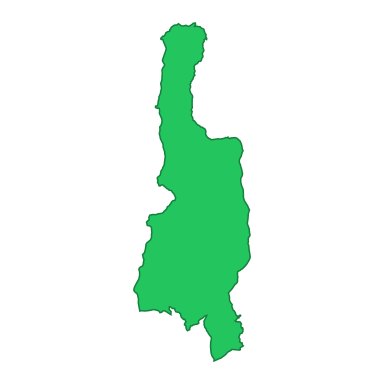 the district of North Pentecost, Penama, Vanuatu
{"feature_id": "77236927B73444068942664", "entity_name": "North Pentecost", "entity_type": "district", "adm_level": 2, "iso_a3": "VUT", "parent_name": "Vanuatu", "parent_adm1": "Penama", "projection": "natural_earth1", "projection_center": [168.162, -15.542], "detail": "fine", "context": "isolated", "style": "filled", "palette": "green", "viewbox_px": 384, "rotation_deg": 0, "n_neighbors": 0, "source": "geoboundaries", "source_scale": "gbopen_adm2", "svg_char_len": 6013}
<svg xmlns="http://www.w3.org/2000/svg" viewBox="0 0 384 384"><path d="M243.3,345.8L242.3,344.8L242.1,343.0L241.4,343.2L240.9,342.5L240.1,341.9L239.6,341.8L240.0,339.1L238.8,337.6L240.0,334.0L240.5,333.6L241.9,333.3L242.9,331.4L243.0,329.2L242.6,327.8L242.1,327.6L241.8,328.1L241.1,326.9L240.9,325.1L241.4,323.8L240.0,321.9L236.0,321.7L235.1,320.8L235.1,320.6L236.3,320.0L237.0,318.7L237.6,318.2L238.9,317.9L239.3,316.6L240.6,315.9L240.6,315.4L240.3,315.1L239.8,315.2L239.1,315.9L238.5,316.1L237.8,317.1L237.5,317.0L237.3,316.0L236.4,315.5L235.7,314.3L235.5,313.1L234.2,310.8L233.0,310.0L232.3,307.6L231.9,306.7L232.1,304.4L230.7,302.8L229.7,300.8L229.5,299.7L229.5,297.0L228.8,294.2L228.3,293.1L232.3,288.5L234.7,284.8L236.8,283.0L237.4,281.8L237.6,280.7L237.5,277.8L237.9,277.1L237.5,275.5L237.5,272.6L237.7,271.8L238.1,271.3L240.0,270.5L240.8,269.7L242.4,268.8L245.9,265.2L246.9,263.9L248.8,260.7L249.6,259.1L250.2,257.2L249.8,253.7L249.5,252.3L248.9,248.2L248.8,245.8L248.0,243.7L248.0,242.9L248.4,242.0L248.2,238.6L248.8,237.1L249.8,235.9L250.0,234.5L249.6,233.2L249.2,229.0L247.3,223.7L248.0,218.4L248.3,213.9L248.8,211.8L249.4,210.5L249.4,209.6L248.8,208.7L247.7,206.0L244.5,200.9L243.5,198.0L243.3,190.6L242.8,188.5L241.9,186.5L241.0,183.4L240.7,181.3L240.8,178.4L242.2,175.7L242.5,173.7L241.5,168.7L240.7,166.6L240.5,164.8L239.8,163.6L239.3,162.0L239.3,160.7L239.6,159.2L241.2,156.1L242.1,152.7L242.9,151.1L243.0,150.4L242.2,149.2L242.1,147.6L241.7,145.2L240.2,141.2L237.2,138.4L235.2,137.6L230.8,138.0L229.8,138.6L229.3,138.5L228.0,137.1L227.5,137.7L225.6,137.6L225.2,138.0L220.7,139.1L218.2,138.8L211.9,139.7L211.3,139.7L210.1,138.9L208.7,138.3L207.1,136.9L206.1,135.2L205.6,134.0L205.9,131.0L205.5,130.7L205.4,129.9L204.7,128.7L203.4,128.1L202.3,127.2L200.9,127.1L199.8,125.9L197.5,124.7L196.8,124.0L194.5,121.0L192.9,120.0L192.6,117.3L191.5,115.7L191.4,115.0L192.2,111.3L191.2,110.5L191.4,109.6L192.3,107.6L192.1,104.8L192.2,98.7L192.7,97.1L192.3,95.4L191.8,94.5L190.9,93.5L189.7,89.9L189.7,89.3L190.6,87.1L190.5,85.7L189.9,84.6L190.8,83.2L190.8,81.8L191.7,81.1L192.1,80.0L192.8,79.4L193.8,76.1L194.8,75.5L194.8,75.0L194.2,73.7L194.2,73.0L195.0,71.5L195.0,71.0L194.3,69.0L194.2,66.3L194.9,65.1L195.4,64.5L197.4,63.5L198.7,61.5L200.5,61.3L201.1,60.7L201.5,59.8L201.8,58.3L202.9,56.9L202.9,56.0L202.3,53.3L203.7,51.1L203.9,50.2L202.8,47.2L202.9,45.0L202.7,43.7L204.2,41.3L204.1,40.1L204.2,39.5L204.7,39.1L205.9,38.7L206.3,39.6L206.6,39.6L206.7,38.4L206.4,37.5L205.7,36.9L205.7,36.0L206.1,35.0L205.9,34.2L205.3,33.7L204.7,32.3L203.8,29.2L201.0,27.8L199.9,26.6L198.2,26.7L196.9,26.1L195.2,26.6L194.5,26.5L195.6,24.3L195.3,23.0L193.2,23.3L192.3,24.2L189.1,26.3L188.1,26.3L186.0,25.3L182.9,26.1L181.9,25.9L180.2,25.2L180.1,24.9L178.4,23.7L177.1,24.9L174.5,25.1L172.8,26.1L172.2,26.8L171.3,27.2L170.8,28.4L169.7,29.9L169.7,31.1L167.0,32.0L165.8,32.9L165.1,34.8L164.6,35.5L163.7,36.3L162.5,36.3L161.9,37.3L160.9,38.1L160.8,38.5L160.8,39.0L161.0,39.3L161.8,39.6L162.6,39.3L163.0,40.0L163.6,42.0L166.1,47.8L166.2,49.0L165.4,51.7L162.6,59.6L162.5,60.5L162.7,61.4L164.3,64.1L164.6,65.4L163.1,67.5L162.3,69.0L162.0,70.5L162.3,73.5L162.0,75.9L162.0,78.8L161.7,80.6L160.7,83.6L161.4,87.3L161.4,88.9L160.7,91.3L160.5,93.3L158.9,97.0L159.0,98.6L158.3,100.6L157.9,104.4L157.5,105.4L157.1,105.8L155.6,106.1L155.5,106.5L155.5,107.4L155.7,107.6L157.2,108.3L157.7,108.3L158.4,108.0L159.1,108.3L159.6,110.2L159.4,113.3L161.8,119.0L162.0,121.0L161.9,122.4L161.0,125.3L159.8,126.9L160.0,130.6L159.5,132.1L159.4,134.3L160.1,136.6L160.3,138.5L162.5,143.0L163.1,144.7L163.1,147.2L164.7,151.9L164.7,153.7L165.3,156.0L164.1,165.3L162.8,167.5L162.4,169.1L161.1,170.8L160.3,174.7L159.8,175.6L158.4,176.6L157.5,177.4L157.2,178.1L157.4,179.0L157.9,180.2L157.5,182.6L158.4,183.7L158.9,185.5L159.2,185.9L160.2,185.9L161.8,184.8L162.7,184.9L167.2,188.8L167.7,188.9L169.0,190.1L171.5,190.7L172.5,192.4L173.4,193.3L174.1,194.3L175.6,197.5L175.5,198.4L174.9,200.4L173.0,200.7L171.9,201.6L171.1,202.6L171.0,203.6L170.0,204.3L169.3,205.8L167.4,206.7L166.7,208.8L165.0,210.6L164.1,211.3L163.2,212.7L161.8,213.3L158.3,213.8L155.6,214.7L153.1,214.5L150.0,215.1L149.6,215.5L148.8,217.7L149.1,218.7L149.0,219.6L148.8,220.1L147.7,220.7L146.5,222.2L147.0,223.6L147.1,225.1L147.7,225.6L149.6,225.8L150.5,226.3L151.2,227.3L151.6,228.3L151.5,229.9L151.8,231.9L151.8,233.4L151.4,234.7L151.6,236.9L151.0,238.8L150.1,240.3L147.1,242.6L146.1,244.1L145.4,249.0L144.8,251.6L143.9,253.5L143.1,254.0L142.6,254.6L143.1,256.7L143.1,257.9L143.7,258.7L143.9,260.1L143.3,262.9L143.6,263.6L143.2,264.0L142.8,265.6L142.3,266.1L140.5,267.0L139.1,268.3L138.9,269.8L139.5,271.6L139.6,272.5L139.6,275.5L138.8,279.1L135.7,284.7L134.3,287.6L133.8,290.0L134.4,291.4L135.8,292.8L136.7,293.2L137.3,294.3L137.9,296.2L138.5,299.6L138.3,302.9L139.8,311.1L141.5,310.7L144.7,311.0L147.2,310.8L150.6,310.3L152.6,309.7L154.3,309.6L158.7,310.8L160.0,312.7L161.7,312.3L162.4,311.3L163.1,310.9L164.6,310.8L166.3,311.7L170.9,314.7L171.0,311.5L169.3,309.7L169.2,308.6L169.5,306.7L170.8,307.0L171.5,307.8L172.7,308.5L174.6,308.5L175.1,310.6L175.9,311.8L179.2,312.5L180.6,314.2L180.9,316.1L181.5,317.6L182.7,318.3L183.0,319.0L183.3,319.4L183.7,319.5L184.1,319.2L184.8,319.3L185.5,321.1L186.0,321.7L184.6,323.7L184.5,324.9L186.0,326.0L186.0,327.7L186.6,329.7L187.6,330.7L188.4,330.1L189.4,329.9L189.7,329.6L189.7,328.2L190.4,327.0L190.6,326.0L191.9,325.9L193.0,325.0L193.9,324.9L194.8,324.4L196.5,324.4L197.6,324.0L198.8,323.1L198.7,322.3L198.4,321.8L198.6,320.8L199.9,319.6L203.3,317.6L204.5,316.2L206.7,315.5L205.7,318.0L204.3,320.5L203.9,321.6L204.3,322.8L204.0,324.3L204.9,327.6L205.9,328.5L206.7,330.9L207.8,332.1L208.2,333.2L210.0,335.8L211.0,336.8L211.4,337.8L211.3,339.8L210.7,342.0L210.5,346.5L211.1,352.8L211.7,355.0L212.5,356.8L214.1,358.8L214.0,361.0L217.0,359.7L217.3,359.4L220.9,358.1L225.5,354.7L227.5,352.3L231.2,350.2L231.8,349.4L239.7,350.1L240.3,349.7L240.1,348.4L240.4,347.8L241.2,347.1L242.7,346.4L243.3,345.8Z" fill="#22c55e" stroke="#15803d" stroke-width="1.5"/></svg>